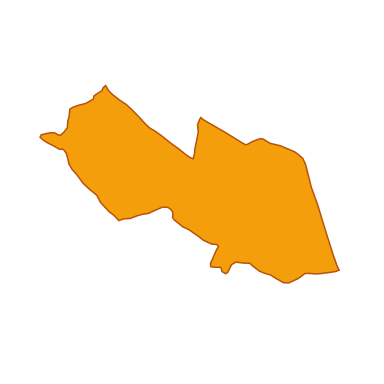 Älvdalen, Dalarna, Sweden (Mercator projection), rotated 155°
{"feature_id": "70781695B70096269486185", "entity_name": "Älvdalen", "entity_type": "district", "adm_level": 2, "iso_a3": "SWE", "parent_name": "Sweden", "parent_adm1": "Dalarna", "projection": "mercator", "projection_center": [13.302, 61.645], "detail": "fine", "context": "isolated", "style": "filled", "palette": "amber", "viewbox_px": 384, "rotation_deg": 155, "n_neighbors": 0, "source": "geoboundaries", "source_scale": "gbopen_adm2", "svg_char_len": 1758}
<svg xmlns="http://www.w3.org/2000/svg" viewBox="0 0 384 384"><g transform="rotate(155 192 192)"><path d="M91.7,59.0L91.8,63.5L90.4,77.2L88.4,92.5L86.2,108.6L83.6,126.6L81.9,145.6L77.4,169.2L77.4,175.7L79.7,180.8L82.1,185.2L92.4,196.6L100.7,203.2L105.1,209.9L106.8,211.2L109.7,211.8L116.5,212.2L121.5,211.8L123.5,212.2L126.4,216.3L136.7,232.0L150.6,251.8L152.5,255.4L152.5,255.7L154.1,254.8L158.5,250.7L160.9,243.9L163.9,239.6L170.7,230.6L173.7,225.5L176.9,221.6L179.4,224.4L181.8,228.4L185.7,236.6L190.8,245.6L196.0,256.2L199.5,262.4L203.1,267.6L205.5,273.3L207.4,279.6L211.2,290.5L214.5,298.9L219.1,306.5L222.6,313.3L224.8,319.3L225.3,325.0L228.6,324.0L230.8,321.9L235.7,321.3L240.1,320.6L242.2,317.9L251.2,317.2L257.7,318.5L263.9,319.1L267.6,318.8L271.6,312.3L274.7,308.6L277.8,303.0L282.5,300.5L287.1,299.0L289.3,300.5L291.7,303.9L296.1,305.8L304.4,307.6L306.6,305.8L304.7,301.5L302.0,297.4L297.9,292.2L294.2,286.9L290.5,285.0L289.6,280.1L290.5,274.8L291.7,269.3L291.1,263.1L289.0,256.0L287.1,246.1L284.0,238.3L279.7,229.3L279.4,221.6L277.2,214.5L275.3,208.9L272.6,203.7L270.4,197.0L265.3,196.5L259.2,194.1L252.7,193.7L245.9,192.7L240.8,191.0L232.0,191.0L224.9,190.7L220.4,188.3L218.4,184.9L218.1,181.2L220.4,177.1L219.8,174.0L218.1,170.6L215.0,164.2L210.9,159.4L207.2,153.0L205.2,149.6L202.1,143.5L198.0,138.7L196.0,136.3L191.6,133.9L191.2,131.2L194.3,129.2L200.4,123.8L205.5,119.3L206.5,116.3L203.1,114.2L197.7,111.5L198.4,107.1L196.0,103.7L193.6,104.1L190.2,106.8L186.8,109.5L181.7,109.8L179.0,108.1L175.3,105.8L169.8,103.0L168.1,99.0L164.4,91.8L160.6,87.7L156.2,84.0L152.5,78.2L147.4,71.1L142.6,68.7L132.1,68.7L124.0,70.4L118.9,68.0L115.1,65.7L109.7,63.6L102.2,61.2L95.4,59.2L91.7,59.0Z" fill="#f59e0b" stroke="#b45309" stroke-width="1.5"/></g></svg>